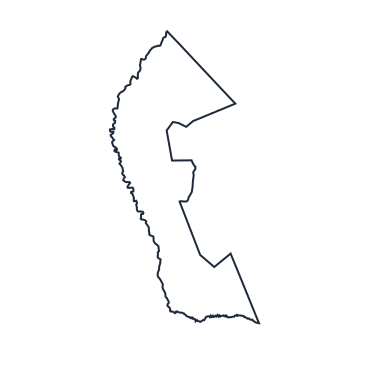 the district of Ribeiro Gonçalves, Piauí, Brazil, rotated 325°
{"feature_id": "56859067B47618229144297", "entity_name": "Ribeiro Gonçalves", "entity_type": "district", "adm_level": 2, "iso_a3": "BRA", "parent_name": "Brazil", "parent_adm1": "Piauí", "projection": "natural_earth1", "projection_center": [-45.448, -8.057], "detail": "fine", "context": "isolated", "style": "outline", "palette": "slate", "viewbox_px": 384, "rotation_deg": 325, "n_neighbors": 0, "source": "geoboundaries", "source_scale": "gbopen_adm2", "svg_char_len": 5147}
<svg xmlns="http://www.w3.org/2000/svg" viewBox="0 0 384 384"><g transform="rotate(325 192 192)"><path d="M262.8,46.2L262.0,46.9L261.0,48.4L259.2,49.8L258.0,49.4L257.1,49.3L256.1,49.7L255.5,50.4L253.3,51.7L250.1,53.8L249.3,53.8L248.7,53.2L248.0,52.6L246.2,52.3L245.2,51.6L243.6,51.5L241.9,51.2L240.5,51.7L239.6,51.7L237.7,52.5L237.1,52.7L236.5,53.2L235.8,53.3L232.7,54.2L231.9,54.7L231.1,55.7L230.4,56.1L229.5,56.2L228.4,56.0L227.1,54.1L226.5,53.9L223.0,57.5L222.3,58.0L221.8,59.0L221.1,60.8L220.3,61.7L218.9,62.8L217.6,63.0L216.4,63.3L215.7,63.8L214.8,65.0L213.0,67.7L211.9,67.7L211.7,66.3L210.0,63.2L209.3,63.1L208.5,63.6L207.5,64.3L206.8,64.8L205.8,65.4L205.1,65.9L204.5,66.5L203.5,68.4L202.3,68.5L200.2,67.6L199.3,67.7L198.1,67.5L197.5,67.7L197.2,68.6L196.6,69.0L195.2,69.6L192.9,69.9L191.4,69.5L189.8,69.6L187.9,70.2L186.0,71.2L185.7,73.2L185.5,74.2L184.9,74.6L181.8,77.4L179.3,80.3L178.8,80.8L177.9,80.2L176.9,79.3L175.4,79.0L174.3,79.3L173.7,79.9L173.3,81.9L173.0,86.4L172.1,87.2L169.8,87.3L169.3,88.1L169.4,88.9L169.9,89.5L169.1,90.8L168.4,91.2L166.7,91.2L165.8,91.6L164.9,93.1L165.3,94.9L164.5,95.8L163.6,95.1L160.6,93.7L160.2,94.3L159.7,95.5L160.6,96.6L162.3,97.4L161.7,98.3L160.4,98.7L159.7,98.7L158.2,98.5L157.6,99.5L157.9,101.7L157.8,103.2L158.1,104.6L155.5,105.1L154.8,105.9L154.0,108.7L154.3,110.4L154.8,111.0L155.2,112.4L155.1,114.1L154.3,114.4L153.6,113.7L153.2,113.0L152.5,113.3L152.0,113.8L152.4,115.2L154.5,117.7L153.0,120.1L152.7,120.9L152.8,121.7L153.4,123.1L152.7,123.7L152.0,123.5L151.2,122.9L150.9,123.6L151.5,125.5L151.2,126.4L148.8,127.2L149.1,129.5L149.0,130.5L149.0,131.9L148.7,132.8L147.9,134.3L147.5,135.6L145.9,136.3L145.3,137.1L145.4,138.5L145.8,139.5L145.6,141.3L144.5,141.5L143.1,142.3L142.4,142.9L143.1,145.0L143.7,146.1L144.6,146.7L145.7,147.5L146.5,148.0L146.4,149.2L144.7,149.6L143.9,150.0L142.7,150.3L141.8,151.3L142.0,152.0L145.7,154.2L146.0,155.2L145.4,156.4L144.3,157.9L142.3,157.0L141.5,157.7L142.1,159.4L141.4,162.2L140.8,164.1L139.8,164.8L139.1,166.1L139.8,166.8L140.5,166.8L141.3,167.2L140.9,168.7L140.5,169.7L138.9,170.5L138.1,172.9L137.2,174.0L136.5,175.8L136.5,176.7L137.0,177.4L137.7,177.7L140.0,179.5L140.4,180.2L140.3,181.1L139.8,181.6L139.1,181.8L138.0,181.1L137.2,181.3L136.3,182.9L135.4,183.9L134.6,184.6L135.0,185.6L136.2,186.6L137.1,187.9L137.6,188.8L137.7,189.8L136.4,190.8L136.4,195.6L136.2,196.4L135.4,197.5L134.7,198.9L134.1,199.5L133.9,200.2L133.8,200.9L132.7,202.0L132.6,202.9L132.9,203.5L134.5,205.7L134.7,206.6L134.2,207.5L132.5,210.1L132.2,212.1L132.5,213.7L133.2,215.8L133.4,217.0L133.0,217.9L131.8,220.0L131.1,221.5L129.3,221.9L128.7,223.1L127.9,224.2L127.0,224.8L126.5,225.7L126.5,226.8L126.8,227.5L127.6,229.1L127.1,230.0L126.0,230.8L125.2,232.1L122.1,234.5L121.2,235.7L120.8,236.5L118.7,237.8L117.2,239.0L115.9,240.9L115.6,242.1L115.8,245.5L115.7,246.8L115.4,248.6L115.2,250.6L114.7,251.6L113.5,252.6L113.0,253.8L112.6,254.6L112.5,256.0L112.2,257.4L112.3,258.4L112.1,259.3L110.2,262.9L110.6,264.3L110.4,265.1L110.2,267.6L109.8,268.9L109.3,269.5L107.9,269.8L106.7,270.9L106.8,272.3L107.3,274.5L106.7,275.7L106.1,276.3L105.8,277.4L106.3,278.0L107.1,278.2L107.7,279.3L108.5,280.6L108.4,281.4L109.0,281.7L109.8,281.5L110.4,280.8L111.5,281.5L111.8,282.5L112.4,283.2L113.3,284.1L113.9,284.7L114.6,285.1L115.1,286.1L115.7,286.8L115.6,287.9L116.2,288.5L116.4,289.5L116.3,290.2L117.0,291.8L117.8,292.6L118.5,293.3L118.4,294.4L118.9,294.9L119.8,294.6L120.4,295.1L119.8,295.6L120.0,296.4L120.5,296.8L121.2,297.2L121.5,297.9L121.2,298.9L120.8,299.9L122.0,299.7L122.6,299.7L122.4,300.7L122.8,301.2L123.8,302.1L124.3,303.2L125.1,303.1L126.3,303.3L127.6,303.2L128.5,304.0L129.2,303.5L130.4,303.3L131.2,302.5L132.1,302.7L133.1,302.6L134.1,303.1L134.9,303.8L134.9,304.8L135.6,304.6L136.3,304.2L136.1,305.6L136.8,305.9L137.3,305.1L138.0,305.2L137.6,306.1L138.0,306.8L139.0,306.8L139.8,307.4L140.3,306.8L141.0,307.4L140.8,308.1L141.6,308.2L142.3,307.6L142.4,308.4L142.5,309.4L143.6,308.7L143.7,310.1L144.6,310.0L146.0,311.0L146.9,311.1L147.2,312.1L148.1,313.2L148.4,312.3L149.3,312.8L149.5,315.2L150.3,315.8L151.0,316.2L151.8,316.6L152.6,317.2L153.6,317.4L155.1,318.3L156.1,317.9L157.2,318.7L157.9,318.3L158.2,319.4L159.1,319.2L159.6,320.1L160.8,320.8L161.6,321.7L162.3,322.3L162.7,323.0L163.3,323.5L163.0,324.3L163.9,325.1L164.4,326.5L165.1,327.9L166.1,328.2L166.3,329.6L167.3,330.7L168.3,331.2L168.0,331.8L168.4,333.3L169.0,334.0L169.1,334.9L169.6,335.8L170.7,336.9L171.6,337.9L182.8,289.0L188.3,264.6L167.2,266.2L162.6,248.2L175.7,195.3L176.4,192.7L177.9,193.3L179.7,195.0L181.9,196.5L182.9,196.7L183.6,196.4L185.0,195.6L185.9,194.7L186.5,194.3L187.6,193.9L188.8,193.3L191.4,192.1L192.3,191.4L194.7,188.8L195.4,188.2L198.4,184.3L198.9,183.7L203.1,179.2L204.0,177.0L204.8,176.3L205.5,175.9L207.4,175.4L208.2,174.8L208.6,173.9L209.3,173.4L209.0,172.4L209.1,171.4L209.1,169.3L209.3,168.3L209.5,167.0L209.8,165.8L193.7,154.8L206.5,127.1L216.5,123.7L217.3,124.5L220.6,127.9L224.6,135.3L231.5,134.7L233.6,134.5L242.3,136.5L246.5,137.4L248.2,137.8L273.4,143.4L278.2,144.5L277.0,136.7L268.0,74.2L266.2,61.4L266.0,60.5L263.8,46.1L262.8,46.2Z" fill="none" stroke="#1e293b" stroke-width="2"/></g></svg>